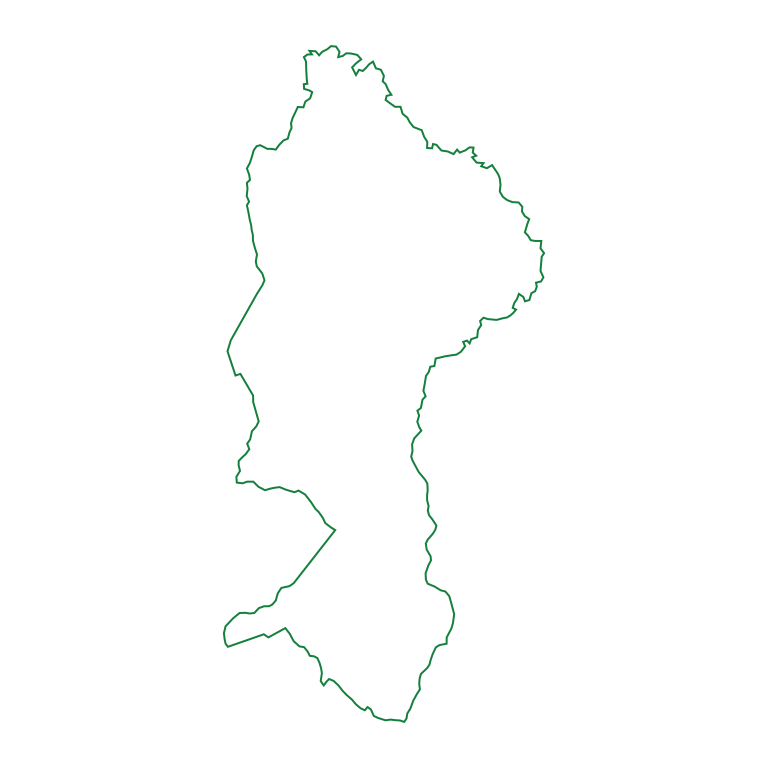 Ventania, Paraná, Brazil (Natural Earth projection)
{"feature_id": "56859067B80922571425855", "entity_name": "Ventania", "entity_type": "district", "adm_level": 2, "iso_a3": "BRA", "parent_name": "Brazil", "parent_adm1": "Paraná", "projection": "natural_earth1", "projection_center": [-50.238, -24.192], "detail": "fine", "context": "isolated", "style": "outline", "palette": "green", "viewbox_px": 768, "rotation_deg": 0, "n_neighbors": 0, "source": "geoboundaries", "source_scale": "gbopen_adm2", "svg_char_len": 4188}
<svg xmlns="http://www.w3.org/2000/svg" viewBox="0 0 768 768"><path d="M395.0,106.8L388.9,102.4L385.6,99.9L386.7,95.8L391.4,94.8L388.2,90.0L385.6,84.0L382.7,81.3L383.9,75.9L380.9,69.8L375.9,68.3L373.0,61.6L369.3,64.1L365.6,68.3L362.7,71.0L359.0,69.8L356.0,75.0L352.1,67.4L356.2,63.2L361.2,59.3L357.3,54.9L350.9,53.5L346.2,53.3L342.7,56.0L338.2,57.1L339.5,51.9L336.1,46.6L331.1,46.1L327.3,49.2L322.1,51.9L319.1,55.3L315.7,51.3L309.5,50.9L311.9,54.4L307.5,54.5L303.9,57.1L306.0,61.5L306.3,70.8L306.7,78.2L307.3,83.8L303.8,84.2L304.1,88.9L309.0,90.3L312.2,92.1L310.1,98.4L305.4,101.5L303.4,107.3L297.8,107.0L295.3,112.4L292.7,117.8L291.0,123.3L291.6,127.9L289.5,132.3L287.8,138.7L283.4,140.5L279.1,145.0L275.8,149.6L271.7,148.9L267.4,148.9L260.2,145.2L256.7,146.2L253.8,150.1L251.6,157.7L249.9,162.9L246.9,168.5L249.1,174.5L250.0,179.9L246.9,182.8L247.5,188.8L246.7,196.0L249.1,201.7L246.9,205.2L248.4,212.1L249.7,219.4L251.1,225.0L251.7,230.1L252.9,235.2L252.9,240.4L254.7,247.3L257.0,254.5L255.8,261.5L256.8,266.4L262.2,273.3L264.5,280.3L262.4,285.2L259.7,289.5L256.8,294.1L230.8,340.3L227.5,351.3L235.5,375.5L240.4,373.9L253.1,395.5L253.2,402.1L258.7,421.4L256.3,426.4L251.9,431.3L250.2,439.3L247.2,443.7L249.3,449.2L245.8,454.0L241.6,457.9L238.7,461.0L238.6,465.3L240.0,470.9L236.4,476.8L236.8,482.6L242.6,483.3L247.1,481.7L253.3,481.7L258.5,486.8L265.0,490.2L270.5,488.6L274.4,487.8L279.6,487.1L285.7,489.6L289.9,490.9L294.6,492.2L298.5,490.6L305.1,494.5L310.8,501.8L315.6,509.1L318.8,512.1L322.9,518.0L325.3,523.1L330.9,527.4L335.2,530.1L293.7,583.2L289.5,586.1L281.4,587.9L277.8,593.3L275.8,600.5L272.3,604.5L269.2,606.2L264.0,606.3L258.9,608.1L254.3,613.0L249.8,613.5L245.5,612.8L239.6,613.0L236.0,615.9L232.8,618.6L230.1,621.5L225.6,626.2L223.9,633.2L224.7,639.7L225.6,643.7L227.9,646.8L263.8,634.3L268.4,637.4L285.3,628.1L289.6,633.6L293.7,641.2L299.5,646.4L304.0,647.1L307.6,651.5L309.8,655.8L314.0,656.3L317.3,658.0L319.5,662.8L321.0,667.9L321.9,673.1L320.7,681.1L323.7,685.4L326.4,681.8L329.1,679.0L333.6,680.9L338.6,685.6L342.5,690.7L346.6,695.0L351.9,699.5L356.0,704.4L360.5,708.2L364.8,710.3L367.5,707.1L370.8,709.3L373.8,715.9L377.9,717.9L385.5,720.3L390.6,719.6L395.7,720.2L400.1,720.5L404.2,721.9L406.5,718.5L407.3,713.5L410.4,708.5L413.2,700.8L416.8,694.2L419.9,689.4L419.2,683.8L419.7,678.0L421.0,673.9L427.2,668.0L429.4,664.8L430.6,660.1L432.7,654.0L435.9,647.3L439.4,645.1L446.6,643.7L446.7,637.4L448.7,633.6L451.4,628.5L452.9,623.3L454.2,614.2L451.7,604.7L449.3,596.2L445.4,591.5L440.7,590.3L434.5,586.5L427.7,583.7L425.9,579.6L425.6,573.3L428.4,565.3L431.0,560.4L430.6,556.3L426.7,549.6L425.8,543.5L427.8,539.5L432.7,533.9L435.3,529.8L436.4,525.6L432.5,519.6L429.1,515.3L427.8,510.6L428.6,506.1L427.1,500.3L427.1,494.9L427.7,490.2L427.3,483.5L425.1,479.7L418.7,472.0L414.7,464.6L412.5,460.4L411.2,456.6L412.5,451.3L412.1,444.3L414.2,438.4L417.7,434.6L421.3,430.7L419.2,427.0L417.3,421.7L419.1,415.6L417.4,410.7L420.9,408.0L422.5,399.7L425.6,396.3L423.4,390.8L424.3,386.2L425.2,380.9L426.0,375.9L428.8,371.9L430.3,366.7L434.4,366.0L435.7,358.5L441.0,357.3L445.1,356.3L451.5,355.3L456.5,354.6L461.0,351.7L465.1,346.3L463.2,341.9L467.0,340.6L469.6,343.4L471.2,339.2L477.2,337.2L478.0,330.0L481.2,325.1L480.1,321.0L483.5,317.7L487.9,319.1L492.3,319.5L496.6,319.9L502.2,318.4L507.2,317.4L510.4,315.4L513.4,312.8L516.0,309.6L512.7,307.8L514.4,302.8L517.0,299.1L518.9,293.9L523.3,296.9L525.0,301.3L529.4,300.0L531.4,293.2L535.1,291.2L536.8,286.8L536.0,282.7L541.1,281.4L543.4,277.3L540.5,270.9L541.7,256.7L544.1,253.2L540.5,248.3L541.3,241.0L534.7,240.9L530.8,240.2L528.2,235.9L524.9,232.3L527.4,223.8L529.2,219.1L524.8,216.1L522.0,211.5L522.3,206.8L518.7,202.5L512.3,202.1L507.2,200.1L503.1,197.1L499.8,191.7L500.5,184.6L499.7,178.1L498.1,174.1L495.1,169.6L492.1,165.1L486.9,168.2L481.2,166.2L483.5,163.1L476.6,162.6L472.1,157.3L476.2,155.7L472.8,152.6L473.5,147.6L469.5,147.4L465.5,150.3L459.7,152.6L457.1,149.6L453.5,154.1L447.9,151.5L441.4,150.5L436.5,144.9L433.1,144.0L432.0,148.3L427.1,148.0L427.3,141.8L424.2,136.9L421.7,130.2L418.0,128.8L413.5,127.0L409.9,122.5L407.3,117.6L402.6,113.8L400.5,106.8L395.0,106.8Z" fill="none" stroke="#15803d" stroke-width="2"/></svg>